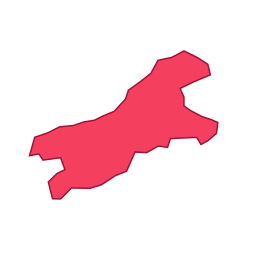 Kapedes, Nicosia, Cyprus, rotated 198°
{"feature_id": "46923920B21212315805199", "entity_name": "Kapedes", "entity_type": "district", "adm_level": 2, "iso_a3": "CYP", "parent_name": "Cyprus", "parent_adm1": "Nicosia", "projection": "equal_earth", "projection_center": [33.253, 34.968], "detail": "fine", "context": "isolated", "style": "filled", "palette": "rose", "viewbox_px": 256, "rotation_deg": 198, "n_neighbors": 0, "source": "geoboundaries", "source_scale": "gbopen_adm2", "svg_char_len": 746}
<svg xmlns="http://www.w3.org/2000/svg" viewBox="0 0 256 256"><g transform="rotate(198 128 128)"><path d="M213.8,90.4L213.1,71.2L204.7,75.8L199.0,71.2L182.9,78.9L175.1,68.9L181.4,62.8L187.1,52.0L177.9,37.4L170.2,39.7L163.2,53.5L145.6,58.9L135.7,65.8L125.2,78.9L116.0,86.5L113.9,107.3L102.7,110.3L93.5,120.3L84.4,121.8L84.4,131.0L72.4,135.6L59.8,140.3L53.5,134.9L47.8,141.0L42.2,150.2L44.3,161.0L51.3,161.7L61.2,161.7L74.5,164.0L81.6,166.3L84.4,174.8L90.7,181.7L79.5,192.5L66.1,204.0L71.7,213.2L83.0,216.3L98.5,218.6L108.3,208.6L120.3,201.7L123.1,187.1L130.8,175.6L139.3,164.0L139.3,154.8L146.3,139.5L155.4,131.8L162.5,124.9L171.6,120.3L180.8,113.4L193.4,108.0L202.6,98.8L213.8,90.4Z" fill="#f43f5e" stroke="#9f1239" stroke-width="1.5"/></g></svg>